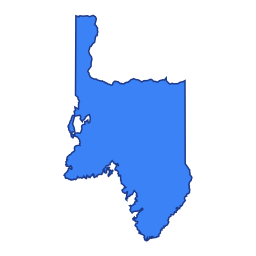 Besiko, Ngöbe Buglé, Panama
{"feature_id": "35544464B66777465067959", "entity_name": "Besiko", "entity_type": "district", "adm_level": 2, "iso_a3": "PAN", "parent_name": "Panama", "parent_adm1": "Ngöbe Buglé", "projection": "robinson", "projection_center": [-82.066, 8.549], "detail": "fine", "context": "isolated", "style": "filled", "palette": "blue", "viewbox_px": 256, "rotation_deg": 0, "n_neighbors": 0, "source": "geoboundaries", "source_scale": "gbopen_adm2", "svg_char_len": 5841}
<svg xmlns="http://www.w3.org/2000/svg" viewBox="0 0 256 256"><path d="M65.8,164.7L66.4,166.1L70.0,166.5L70.5,166.4L70.8,165.2L71.4,167.5L71.9,167.5L71.9,168.8L71.5,169.3L71.0,169.2L69.4,167.8L68.5,168.4L68.2,170.3L67.7,170.6L67.7,171.2L64.6,174.3L64.1,175.4L65.2,176.1L65.2,177.5L65.8,178.3L67.8,178.3L68.7,179.1L69.9,179.2L70.3,179.8L71.2,179.6L71.4,180.0L73.3,179.7L73.9,179.0L75.7,179.6L77.3,177.9L77.6,176.6L78.8,177.8L81.0,177.5L81.9,178.2L83.0,177.3L83.4,177.3L83.8,176.2L85.3,178.2L86.2,178.5L86.2,177.5L86.8,177.5L86.4,176.9L87.0,175.5L87.4,176.1L88.7,176.3L88.9,177.3L89.7,177.0L90.1,177.5L91.8,175.1L93.3,173.9L94.0,174.9L93.8,175.8L93.3,175.9L94.3,177.5L96.2,176.5L97.0,176.5L96.8,175.8L98.9,174.4L101.7,174.4L101.6,173.9L102.7,172.8L103.1,171.8L103.3,169.5L104.0,168.9L103.8,169.8L104.2,170.1L104.1,171.0L104.5,170.9L104.7,172.4L105.6,173.0L106.5,172.8L106.5,170.8L107.2,169.9L107.0,169.4L107.2,169.1L108.4,169.4L109.4,170.7L109.5,172.7L108.2,174.7L108.2,175.9L108.5,176.3L110.6,174.3L111.0,173.5L112.0,173.4L111.8,172.3L112.8,171.1L112.9,170.7L112.3,170.3L111.4,171.8L110.3,170.0L109.9,170.0L109.5,170.6L109.3,170.0L108.2,169.0L109.0,168.5L109.4,167.5L108.1,167.1L107.8,167.7L106.9,168.2L105.7,167.5L105.6,166.7L106.4,165.9L110.1,164.6L110.1,163.2L112.2,160.7L114.4,163.6L115.2,163.5L115.7,164.4L117.3,163.6L117.8,163.7L118.5,165.5L118.1,165.7L117.3,165.2L116.8,165.4L115.2,168.6L115.0,169.6L115.4,170.2L116.0,169.9L116.6,170.5L117.4,170.6L118.4,172.3L118.5,172.7L117.9,173.5L118.6,174.7L118.6,175.9L119.3,176.0L119.8,175.1L120.5,175.4L120.7,180.2L121.3,181.8L121.4,183.6L122.4,184.0L124.1,185.6L124.9,187.0L125.8,187.3L125.3,187.7L124.4,187.4L123.9,188.7L122.0,190.1L122.7,191.9L124.9,193.3L126.0,193.0L127.0,191.8L127.4,191.8L127.1,193.9L126.6,194.9L126.7,196.5L125.8,198.4L126.0,199.6L126.6,200.0L126.4,199.4L126.8,199.2L126.9,198.5L126.7,198.3L127.0,197.9L127.6,198.0L127.7,196.7L128.8,196.2L129.5,196.3L130.2,195.6L130.3,195.0L132.3,194.4L134.2,190.6L136.8,193.5L136.3,195.3L137.3,196.1L137.4,196.5L135.7,197.7L135.1,198.9L135.4,199.7L136.6,199.7L137.1,201.1L135.2,201.5L134.6,202.9L134.8,203.9L133.6,204.2L133.4,204.7L131.6,206.0L130.8,205.4L129.7,205.7L130.5,206.4L130.7,207.5L130.7,208.8L130.0,209.5L130.4,210.8L132.2,212.9L133.5,211.5L138.3,211.0L140.4,210.0L141.6,208.4L142.4,208.3L142.8,208.7L142.5,209.9L142.1,209.9L139.5,211.8L139.3,212.4L138.3,213.0L138.0,214.4L136.8,215.1L137.1,216.8L136.5,217.8L136.0,218.2L135.5,217.9L135.1,218.8L134.7,218.9L134.3,217.2L132.8,218.8L133.1,219.7L135.0,220.7L135.5,221.6L137.2,221.4L137.7,221.8L137.4,222.9L135.6,224.1L135.1,225.5L137.2,227.5L137.4,229.6L139.1,230.5L139.1,232.7L139.9,232.0L140.5,232.1L140.6,232.6L140.0,233.5L143.9,235.2L144.5,236.7L144.0,237.7L144.7,238.4L144.6,239.7L146.0,240.6L147.2,238.1L147.4,240.4L148.8,239.5L149.1,238.7L149.6,238.5L149.4,237.6L149.6,237.0L151.3,238.3L152.6,237.9L151.3,237.1L151.3,236.7L151.9,236.4L152.7,236.5L153.5,237.4L154.5,237.7L156.9,237.1L157.2,236.4L158.6,236.5L158.8,236.1L159.0,234.1L160.1,233.4L160.6,231.4L160.6,230.0L162.0,229.9L161.7,228.4L164.1,227.8L163.8,226.3L165.2,226.3L165.7,225.6L167.3,224.9L168.8,222.0L167.9,220.5L168.6,219.2L168.6,217.9L169.8,216.7L170.9,216.1L170.9,214.6L173.5,214.7L174.6,212.0L175.6,212.4L176.2,212.2L176.2,210.7L177.1,210.4L177.7,209.7L176.2,208.6L176.5,207.8L177.4,207.5L178.6,208.6L179.6,208.6L179.5,207.7L180.3,206.9L180.4,205.8L181.3,206.1L182.3,205.2L182.8,203.5L185.3,200.5L184.4,198.5L184.9,197.0L185.8,196.1L186.6,196.1L186.4,195.2L187.2,193.7L188.0,193.8L189.4,192.7L189.7,189.4L189.5,188.5L189.0,188.0L189.4,186.6L189.0,185.7L189.2,185.2L188.8,184.6L189.6,182.0L191.1,180.4L191.4,178.8L191.9,177.9L191.6,176.8L189.8,174.5L190.1,173.4L189.6,171.8L189.7,169.9L188.4,168.6L188.0,167.6L185.2,163.8L185.0,80.6L183.2,81.6L179.5,82.5L178.6,83.5L174.1,83.9L172.0,83.3L170.2,84.1L169.6,83.9L166.6,81.2L166.2,79.4L166.2,77.9L164.2,80.2L163.2,79.7L160.9,80.3L159.2,80.9L157.6,82.2L154.8,81.3L153.6,81.5L152.0,79.8L150.7,79.3L147.1,80.7L143.9,80.7L141.9,82.0L138.5,80.0L135.6,79.5L133.7,78.7L130.6,79.9L129.8,81.0L128.9,81.4L128.1,82.3L127.0,82.2L124.6,83.1L124.0,83.9L121.8,83.7L121.1,83.3L120.3,83.7L118.2,81.8L114.8,81.2L113.3,82.5L112.3,84.9L111.9,85.1L110.6,85.0L109.7,84.4L107.8,84.0L106.4,82.9L105.5,83.0L104.8,82.1L103.2,81.6L102.4,80.9L101.5,81.1L97.6,80.1L96.2,79.0L94.2,79.1L91.1,77.7L90.2,76.6L89.1,74.4L88.9,72.8L87.8,71.6L88.1,70.4L91.0,66.4L91.2,62.1L91.9,59.7L91.6,57.3L89.3,53.7L88.6,50.6L89.2,49.7L90.0,46.6L91.1,46.4L92.7,43.7L94.6,42.3L95.5,36.8L96.1,35.8L97.0,35.6L97.4,34.9L97.2,34.0L97.8,31.8L97.4,30.4L97.5,27.9L96.6,26.8L96.2,25.8L94.8,24.6L96.2,19.6L96.2,18.5L95.4,16.8L93.1,15.4L89.5,16.7L87.5,15.8L82.7,16.2L80.1,15.8L79.3,16.0L79.0,16.9L75.9,15.8L75.5,95.2L77.8,97.2L78.3,99.7L78.9,100.1L79.5,101.4L78.5,102.7L78.8,103.8L78.4,105.0L78.6,106.3L78.4,109.1L74.9,107.1L75.5,110.5L74.1,111.3L74.7,113.6L74.3,115.4L72.5,115.5L71.4,118.4L71.1,120.1L70.4,120.8L69.3,124.3L68.1,125.9L68.3,127.3L68.8,127.4L68.7,129.2L69.0,130.3L70.1,131.3L70.0,132.4L71.1,133.2L70.9,134.0L71.4,136.7L72.2,137.0L72.5,137.7L73.1,137.7L73.5,136.3L73.3,134.6L72.1,134.5L71.8,133.9L72.1,132.0L74.8,131.7L74.1,127.8L72.6,124.0L74.5,116.3L77.3,115.6L80.0,115.3L80.8,117.1L80.2,118.5L80.3,119.2L82.3,121.6L82.6,120.4L84.1,119.7L85.1,118.3L85.5,116.9L86.3,116.7L86.7,115.9L89.3,114.5L90.3,117.9L89.8,122.3L88.3,122.9L87.8,120.0L86.1,121.4L84.7,121.7L85.0,124.1L83.0,124.7L82.0,125.4L81.6,126.7L81.9,128.9L80.8,132.2L80.0,133.3L78.0,132.9L74.8,133.3L74.7,136.1L77.5,137.0L79.6,139.9L79.6,141.3L80.2,142.6L79.5,143.9L80.0,145.4L77.4,145.5L75.9,145.9L74.8,146.7L74.3,148.2L74.8,149.9L74.1,151.4L72.1,152.5L70.8,154.3L69.6,154.8L67.2,157.1L66.8,159.1L67.3,159.5L66.7,159.8L67.0,160.7L66.0,161.7L66.2,162.4L66.0,163.1L66.8,164.2L65.8,164.7Z" fill="#3b82f6" stroke="#1e3a8a" stroke-width="1.5"/></svg>